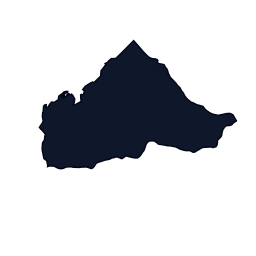 the district of Al-Haffa, Lattakia, Syria, rotated 226°
{"feature_id": "27442178B95231031847739", "entity_name": "Al-Haffa", "entity_type": "district", "adm_level": 2, "iso_a3": "SYR", "parent_name": "Syria", "parent_adm1": "Lattakia", "projection": "equal_earth", "projection_center": [36.135, 35.638], "detail": "fine", "context": "isolated", "style": "filled", "palette": "ink", "viewbox_px": 256, "rotation_deg": 226, "n_neighbors": 0, "source": "geoboundaries", "source_scale": "gbopen_adm2", "svg_char_len": 4395}
<svg xmlns="http://www.w3.org/2000/svg" viewBox="0 0 256 256"><g transform="rotate(226 128 128)"><path d="M190.0,64.7L188.4,64.6L187.7,64.5L187.1,64.6L186.5,64.7L185.5,64.6L180.7,64.3L180.7,64.2L179.9,62.5L177.5,59.7L177.4,59.5L176.7,56.3L173.1,52.2L172.8,51.9L172.5,51.6L170.7,50.4L167.2,48.1L164.5,46.3L161.9,46.7L161.1,46.9L156.8,44.3L156.4,43.8L156.1,43.4L155.8,44.1L155.0,45.5L153.4,46.9L152.1,48.3L150.6,48.8L150.3,48.9L148.7,49.4L146.4,50.5L144.8,52.1L143.9,53.6L143.4,55.0L142.9,56.4L141.8,57.7L140.9,58.8L139.3,60.4L138.9,60.7L138.0,61.2L136.3,62.8L135.0,64.1L133.9,65.1L132.7,66.7L132.0,67.6L129.9,69.9L128.8,71.1L127.2,72.1L125.5,72.8L124.2,73.6L124.1,74.0L123.8,74.6L123.8,76.5L124.2,78.6L124.3,79.1L124.8,80.4L124.5,81.4L124.0,82.8L123.0,84.8L122.7,85.3L121.9,87.1L121.5,87.9L120.6,89.6L119.1,91.9L118.5,92.9L118.2,93.7L117.6,95.6L116.2,97.8L115.6,99.1L115.5,99.3L114.7,100.1L112.7,101.2L110.7,101.9L110.6,102.0L110.2,102.5L109.8,104.1L109.7,104.6L109.6,106.4L108.6,107.8L107.4,108.4L106.8,108.7L106.0,109.2L104.1,110.5L102.9,111.3L101.7,112.2L101.3,112.6L101.1,112.8L100.0,113.9L99.6,115.5L99.6,117.8L100.0,119.6L100.5,121.4L100.6,123.1L101.1,124.7L102.4,127.1L103.6,129.4L104.2,131.8L103.9,134.3L102.0,136.4L100.4,138.0L99.1,138.2L97.0,138.6L95.2,138.7L92.4,140.9L89.7,142.9L88.8,143.5L87.6,144.2L85.9,146.0L83.1,147.9L81.5,149.1L79.2,150.0L76.6,150.8L74.4,152.1L72.7,153.1L71.4,154.1L69.9,155.6L68.8,156.8L66.9,157.5L65.8,157.7L64.9,158.5L64.3,159.3L63.9,161.4L62.9,165.5L62.2,168.1L60.5,170.2L58.2,172.9L56.3,174.9L54.8,175.6L54.5,176.4L54.1,177.2L53.5,178.2L54.0,180.3L55.9,182.8L56.4,183.1L57.0,183.6L57.0,185.5L57.1,188.1L57.4,189.8L59.6,192.8L60.9,195.0L61.5,197.9L61.5,199.9L60.4,201.6L59.1,203.0L58.3,204.9L58.5,207.8L57.8,210.9L64.5,212.6L67.5,211.6L69.3,209.7L70.2,208.4L72.1,205.4L73.2,203.7L74.2,201.9L75.7,200.8L79.2,198.5L82.8,197.1L83.9,197.1L84.8,196.8L86.1,196.6L88.6,196.5L91.2,196.9L92.6,196.3L95.1,194.8L96.9,193.6L99.9,192.7L103.2,191.2L105.5,191.0L107.1,190.8L109.0,190.8L111.0,191.0L113.0,191.5L114.8,192.1L117.8,192.3L118.9,192.7L120.0,193.1L120.9,193.3L123.5,193.2L125.3,193.1L125.9,193.5L130.8,193.6L135.1,193.6L135.8,193.8L137.8,194.6L139.1,194.8L141.5,196.2L143.7,197.0L145.0,197.0L146.5,197.3L148.5,197.9L150.7,196.5L152.4,195.2L153.8,194.6L154.9,194.9L155.9,196.4L157.2,196.4L158.5,195.8L159.8,194.6L160.6,194.0L161.3,193.5L162.8,192.7L165.0,192.1L168.3,192.0L172.7,192.0L177.3,192.3L186.9,192.7L186.8,190.9L186.8,189.0L186.7,184.3L186.6,180.7L186.6,179.5L186.6,178.4L186.5,176.2L186.5,174.9L186.5,167.4L189.5,164.2L189.7,160.9L189.4,158.5L189.9,157.5L190.2,156.3L189.6,156.3L189.1,156.3L188.1,150.6L188.0,148.6L184.3,144.3L184.3,138.6L184.3,134.6L185.6,134.6L186.4,132.3L187.7,126.2L187.2,123.1L187.1,122.3L187.1,122.2L184.9,122.2L184.6,122.0L184.5,121.9L184.1,121.0L184.1,120.9L183.3,120.0L183.3,118.6L183.9,118.3L184.5,117.9L184.7,117.0L182.1,114.6L181.9,114.4L181.0,113.8L180.9,113.7L180.2,113.3L179.8,113.0L179.8,112.0L182.0,104.2L182.0,103.9L182.1,104.1L183.6,106.3L183.4,106.8L183.5,106.9L183.7,107.1L183.8,107.2L183.9,107.3L184.0,107.4L184.1,107.5L184.6,108.3L184.9,108.4L185.1,108.4L185.1,108.5L185.5,108.5L185.7,108.8L185.7,109.0L185.6,109.3L185.7,109.6L185.8,109.8L187.0,110.1L188.7,110.6L188.8,110.7L189.0,110.7L189.4,110.9L190.0,110.9L191.6,110.9L192.0,109.6L193.1,108.7L193.1,108.8L193.3,109.0L193.5,109.1L193.5,109.3L193.8,109.4L194.1,109.2L194.4,108.0L194.4,107.8L194.3,107.0L193.6,106.3L193.6,105.9L193.9,105.0L194.0,104.8L194.1,104.6L194.3,104.0L194.4,103.8L194.7,103.7L194.7,103.9L194.9,104.8L195.0,104.8L195.3,104.8L195.6,104.8L195.5,104.5L194.9,102.5L195.0,101.8L195.9,101.6L197.0,103.0L196.5,103.4L196.2,103.0L195.6,103.1L195.5,103.5L195.8,104.2L196.0,104.8L196.2,105.4L196.2,105.7L196.9,105.8L197.3,105.4L197.6,105.4L197.7,106.1L197.4,106.2L197.5,106.6L197.6,107.0L197.3,107.1L197.2,106.9L197.0,106.7L196.8,106.8L196.7,107.3L196.2,107.7L196.1,108.2L196.0,108.8L195.7,109.3L196.1,110.0L197.1,109.3L198.4,106.9L198.3,105.3L199.0,100.4L197.9,99.0L196.8,97.6L197.1,95.7L197.5,93.1L198.1,92.4L198.4,92.1L198.7,91.6L199.0,91.6L199.6,91.3L199.8,90.6L199.5,89.3L199.5,88.4L199.3,88.0L199.3,87.5L198.5,85.1L199.2,84.1L199.4,83.8L199.8,83.6L201.6,85.4L202.5,83.9L202.3,82.4L201.9,81.9L201.4,81.4L198.4,78.0L198.3,77.3L197.0,75.9L195.9,74.5L192.2,72.1L191.2,70.4L190.0,64.7Z" fill="#0f172a" stroke="#020617" stroke-width="1.5"/></g></svg>